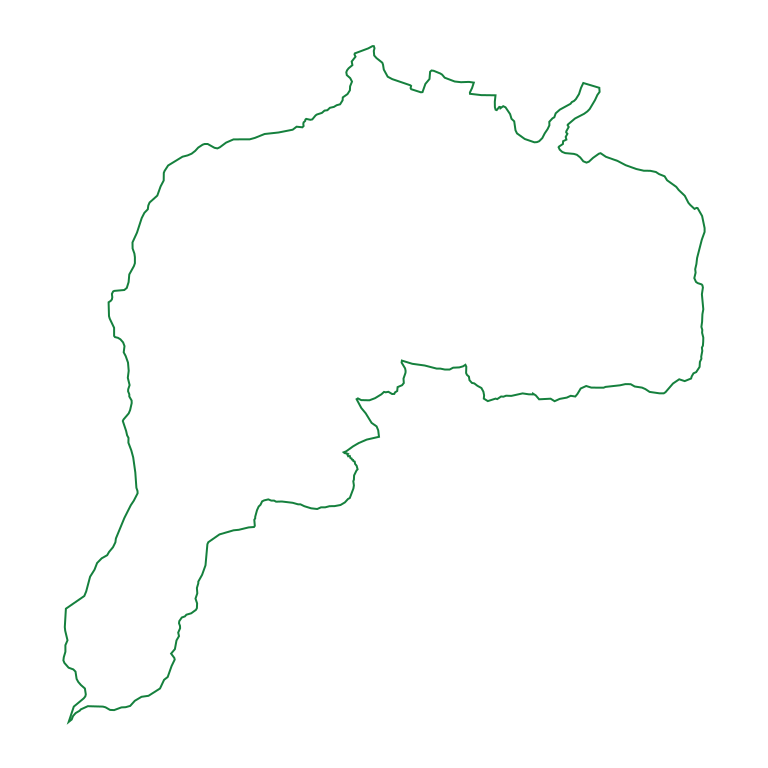 outline of Ciucea, Cluj, Romania
{"feature_id": "2599482B63586839383412", "entity_name": "Ciucea", "entity_type": "district", "adm_level": 2, "iso_a3": "ROU", "parent_name": "Romania", "parent_adm1": "Cluj", "projection": "equal_earth", "projection_center": [22.834, 46.944], "detail": "fine", "context": "isolated", "style": "outline", "palette": "green", "viewbox_px": 768, "rotation_deg": 0, "n_neighbors": 0, "source": "geoboundaries", "source_scale": "gbopen_adm2", "svg_char_len": 6038}
<svg xmlns="http://www.w3.org/2000/svg" viewBox="0 0 768 768"><path d="M691.1,378.5L691.7,376.4L693.5,373.3L696.2,372.1L699.6,366.9L699.9,361.9L701.4,358.8L701.2,356.7L702.3,350.9L701.9,347.6L702.9,345.7L703.2,341.8L703.3,337.6L702.1,332.8L702.3,329.9L701.4,326.9L702.1,321.7L702.4,314.3L703.3,309.3L701.9,294.3L702.9,287.5L702.4,285.3L701.6,284.4L697.7,283.1L696.0,281.9L694.3,278.1L695.6,272.7L695.2,269.2L696.4,264.0L697.1,258.0L701.8,239.7L704.6,231.9L704.6,228.1L702.1,216.0L697.6,208.1L696.5,207.9L694.5,208.9L690.2,204.9L688.4,202.8L684.8,195.8L678.7,190.0L676.3,186.9L667.1,180.3L664.6,176.3L659.1,174.1L655.9,172.0L650.2,170.8L643.7,170.7L636.3,169.0L625.7,165.2L617.5,160.9L605.9,156.8L600.6,153.2L598.9,153.7L593.0,157.9L588.9,161.7L586.5,162.6L583.3,161.3L580.2,157.4L576.9,154.8L573.9,153.9L565.2,153.1L562.2,151.9L559.7,149.6L558.6,147.2L559.1,146.5L562.9,144.0L563.1,141.2L566.4,139.6L565.7,136.9L567.4,133.8L566.2,132.4L566.3,131.3L568.7,127.0L567.6,125.1L567.8,124.6L575.0,118.5L584.1,113.8L587.4,111.4L589.7,109.0L595.0,100.1L597.4,94.9L599.6,91.9L599.3,87.8L583.3,83.0L581.0,87.9L579.0,94.1L575.9,99.1L574.1,100.9L571.8,102.1L570.5,103.8L559.9,109.6L555.7,113.3L554.3,117.3L552.5,118.3L549.3,121.8L549.4,125.3L547.6,129.1L544.7,133.4L542.3,138.1L539.2,141.2L537.0,142.1L534.4,142.3L524.8,139.0L517.0,133.4L515.5,130.3L514.2,121.3L511.5,118.8L510.1,114.1L505.5,107.3L503.2,106.2L500.5,108.2L500.3,107.1L499.3,106.9L496.7,110.1L495.6,109.7L494.9,107.2L494.8,101.8L495.5,95.3L481.2,95.1L470.0,93.8L469.9,92.5L472.1,87.9L473.8,82.6L469.0,81.9L461.0,82.2L454.7,81.5L444.7,77.7L442.1,74.6L440.3,73.5L433.7,70.8L431.5,70.5L430.1,71.8L429.5,79.0L425.4,83.9L422.5,92.1L420.9,92.3L411.2,89.2L410.6,88.1L411.1,85.9L410.4,85.3L392.2,79.1L387.7,76.7L383.8,69.6L383.0,64.6L382.3,62.7L376.5,58.1L374.2,55.5L373.8,51.0L374.5,48.2L373.8,46.1L372.5,46.1L368.2,48.4L354.8,53.4L354.5,54.5L355.5,56.7L351.7,61.5L352.4,65.1L348.6,68.3L347.0,70.4L346.3,72.3L346.8,75.1L350.2,78.1L352.0,81.6L350.1,86.3L349.9,90.3L347.5,94.1L342.8,97.4L342.6,100.3L340.1,104.3L336.7,105.2L333.9,106.9L329.9,107.8L327.4,110.2L324.5,110.6L321.9,112.9L316.9,114.5L315.6,115.4L312.3,119.4L310.4,119.8L306.2,118.9L305.4,119.6L305.2,120.9L303.6,122.4L303.3,124.0L303.6,126.0L302.4,127.3L296.6,126.7L292.7,129.7L278.5,132.5L264.6,134.0L254.9,137.9L249.8,139.3L233.5,139.4L226.1,142.6L219.8,147.3L217.4,148.4L214.5,147.8L207.7,144.0L204.6,144.0L202.6,144.7L198.2,147.6L195.2,150.9L191.6,153.7L187.6,155.4L182.5,156.7L168.1,165.5L164.6,170.9L163.8,172.9L163.7,180.5L160.6,186.4L157.3,195.6L149.6,202.5L148.3,205.5L147.8,209.3L144.4,212.8L141.7,218.1L137.0,232.6L132.5,242.4L132.6,248.5L134.4,253.6L134.9,257.2L134.9,263.2L133.9,266.1L129.3,274.4L128.6,282.1L126.8,287.9L124.3,290.0L114.2,290.9L113.1,291.5L111.9,293.9L112.3,297.2L111.9,299.4L110.8,300.8L108.6,302.3L109.0,316.1L109.7,318.6L114.1,327.8L114.1,335.9L115.0,337.1L117.9,337.8L120.4,339.3L123.1,342.4L124.5,346.1L123.7,352.3L125.7,356.1L128.0,362.6L128.7,370.8L127.8,377.8L129.6,385.1L128.2,389.3L128.1,391.3L129.3,394.3L129.3,396.5L131.6,400.5L131.7,403.1L130.1,410.1L128.7,413.4L123.5,419.5L122.8,421.0L126.1,430.9L127.1,435.3L128.5,437.9L128.4,442.7L131.3,450.4L133.2,457.4L135.3,472.4L136.4,487.8L137.5,491.0L137.6,493.3L133.8,500.7L130.8,505.2L124.4,517.9L115.9,538.5L115.4,542.3L113.0,547.2L109.0,552.0L107.2,555.2L101.7,558.3L97.1,563.0L94.5,569.7L90.1,576.7L86.2,591.4L84.3,596.0L65.9,608.7L64.8,627.1L65.2,630.7L67.5,640.3L65.4,645.2L65.4,651.8L63.8,657.2L63.4,660.4L64.4,662.9L68.6,667.7L73.3,669.4L75.5,671.6L76.6,678.9L78.3,682.0L80.9,685.0L84.9,688.5L85.8,694.4L85.3,696.4L83.7,698.4L73.8,706.6L68.7,721.9L71.7,719.5L73.0,716.1L75.6,713.1L79.7,710.7L80.8,709.4L87.8,706.2L102.9,706.6L105.5,707.3L110.0,709.9L114.1,710.1L121.4,707.4L125.6,707.2L130.2,705.9L134.8,700.8L141.5,696.8L148.5,695.8L160.0,688.5L164.1,679.8L167.7,677.0L171.6,666.0L174.7,659.6L174.3,657.9L171.1,653.6L174.9,649.1L176.5,640.4L179.0,636.1L178.2,632.6L180.1,628.2L180.0,625.9L179.0,623.2L179.3,621.1L181.8,617.5L184.9,616.4L186.4,614.7L191.2,613.3L196.0,609.8L196.9,608.1L197.1,603.4L195.5,598.6L197.3,593.3L196.9,588.0L198.3,583.3L198.3,581.6L202.1,574.8L205.5,565.3L207.4,544.2L208.3,542.2L219.5,534.4L233.6,530.3L238.8,529.8L248.7,527.4L254.0,527.0L254.8,525.8L254.3,519.8L255.2,518.3L255.2,516.8L257.0,510.2L258.7,506.5L260.5,504.8L262.1,501.4L264.1,500.4L268.3,499.4L271.3,500.6L274.1,500.6L276.1,501.7L281.8,501.5L292.7,502.8L298.0,504.3L300.4,504.3L304.3,506.2L311.1,508.3L317.2,509.0L321.1,507.3L325.3,507.3L329.5,506.2L334.6,506.1L340.5,505.0L344.9,502.4L348.0,499.0L349.8,498.0L353.4,488.5L353.9,485.4L353.3,481.2L353.9,479.7L354.1,475.4L356.5,470.5L357.6,469.3L356.6,465.7L355.1,463.9L354.7,461.6L353.3,461.0L353.1,460.0L351.8,459.5L351.6,458.5L350.4,458.0L349.8,456.0L348.2,456.3L347.3,454.4L348.0,453.9L347.7,453.7L344.6,453.1L343.7,452.3L346.2,451.3L353.0,446.4L358.6,443.1L366.7,439.6L379.0,436.8L378.2,430.3L376.6,426.4L371.6,422.9L365.7,413.3L361.3,408.0L356.6,399.2L357.9,398.4L361.2,400.1L369.4,400.3L375.0,398.2L381.4,394.3L384.0,391.9L385.7,392.3L388.4,391.8L392.1,394.0L394.3,393.9L395.0,392.4L397.2,391.0L397.6,387.1L402.1,385.2L403.8,383.0L403.5,378.6L405.5,372.8L405.6,370.9L405.1,368.4L401.6,362.6L401.9,360.6L412.3,363.8L424.7,365.5L436.7,368.6L440.3,368.6L444.7,369.5L449.7,369.5L453.1,367.7L459.3,367.4L463.1,366.3L465.4,364.8L466.3,366.7L466.1,373.0L466.9,374.8L468.9,376.6L469.5,380.2L471.9,382.9L474.3,383.4L477.4,385.8L481.4,388.0L483.4,391.7L484.1,395.4L483.8,398.6L487.8,401.1L495.6,398.6L497.2,399.1L501.1,396.5L503.4,396.7L506.1,395.7L511.3,395.9L522.6,393.4L528.7,394.3L533.1,394.4L533.1,393.7L535.8,395.4L539.1,399.3L550.6,398.7L554.6,401.2L559.7,398.9L566.8,397.6L570.7,395.8L575.3,396.5L577.4,394.0L580.7,388.5L586.2,386.0L591.3,387.6L603.6,387.7L605.5,386.9L620.0,385.3L625.4,384.1L630.7,384.2L634.7,386.5L642.0,387.6L645.4,389.1L649.6,391.9L659.3,393.3L663.8,393.3L665.5,392.2L673.0,383.5L679.2,379.3L684.7,381.1L691.1,378.5Z" fill="none" stroke="#15803d" stroke-width="2"/></svg>